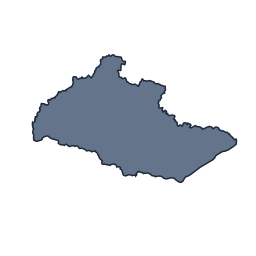 the district of Entrerrios, Antioquia, Colombia, rotated 329°
{"feature_id": "7082276B40374879767570", "entity_name": "Entrerrios", "entity_type": "district", "adm_level": 2, "iso_a3": "COL", "parent_name": "Colombia", "parent_adm1": "Antioquia", "projection": "mercator", "projection_center": [-75.561, 6.592], "detail": "fine", "context": "isolated", "style": "filled", "palette": "slate", "viewbox_px": 256, "rotation_deg": 329, "n_neighbors": 0, "source": "geoboundaries", "source_scale": "gbopen_adm2", "svg_char_len": 5770}
<svg xmlns="http://www.w3.org/2000/svg" viewBox="0 0 256 256"><g transform="rotate(329 128 128)"><path d="M215.0,193.3L214.6,193.1L213.8,193.1L213.0,192.5L213.2,191.1L212.5,189.9L212.6,188.7L212.0,187.9L211.9,186.0L211.6,185.7L211.7,184.7L211.0,184.4L210.9,182.9L210.6,182.6L209.9,182.3L209.3,181.9L208.2,179.5L207.2,179.1L206.6,178.2L205.9,177.6L205.9,177.0L205.1,175.9L205.6,175.4L205.5,174.2L204.2,172.7L202.9,172.2L200.7,172.6L200.4,172.0L200.4,171.0L200.0,170.0L199.2,169.1L198.3,168.4L197.1,168.4L196.0,167.9L195.2,167.8L194.2,168.1L192.5,167.4L191.2,167.5L191.1,167.2L191.3,166.4L191.2,165.8L190.7,165.6L190.6,164.7L189.9,163.9L187.6,162.0L187.0,160.6L182.6,160.5L181.7,160.0L181.2,159.4L181.3,158.9L183.1,158.3L183.5,157.8L183.4,157.3L183.0,156.2L182.2,155.6L182.0,154.8L181.5,154.6L180.7,155.4L180.3,155.3L180.3,153.5L179.9,153.1L178.5,152.4L177.9,152.5L176.0,154.1L175.4,154.2L174.5,152.3L174.0,152.2L172.5,152.5L171.9,152.1L171.9,150.8L172.9,148.4L172.8,147.8L171.9,146.5L172.6,146.0L172.7,145.6L171.7,144.2L171.7,143.8L172.7,143.4L173.9,142.5L174.2,142.0L174.3,141.3L173.9,141.0L173.4,140.9L173.1,140.1L172.5,139.6L170.0,138.6L169.3,138.1L169.1,137.4L169.4,136.2L168.8,136.2L167.9,134.9L168.1,134.7L169.2,134.4L169.3,134.2L169.5,133.7L169.2,132.1L168.7,132.1L168.1,132.6L167.4,132.1L166.7,132.5L166.2,132.1L166.6,131.1L166.4,130.3L168.0,128.9L168.2,128.4L165.4,127.2L164.9,126.8L164.8,126.4L165.1,125.9L166.5,124.6L166.6,122.5L166.8,122.2L167.6,121.9L168.0,120.7L168.6,120.4L169.5,120.8L171.1,119.7L172.2,119.4L172.4,119.2L172.7,117.7L173.4,117.0L175.9,116.5L177.5,116.9L177.6,116.6L177.4,115.9L179.9,114.5L180.1,113.6L181.4,111.4L179.9,110.3L179.2,109.1L178.4,108.6L177.8,107.2L177.1,106.9L177.1,106.3L176.6,105.3L175.1,104.8L174.4,104.1L174.0,103.3L174.0,102.2L172.1,99.9L171.6,98.9L170.0,98.1L168.5,97.7L167.1,96.2L165.9,95.7L165.7,95.4L165.8,93.7L165.5,93.4L165.0,93.3L163.4,94.7L161.8,94.9L160.9,96.0L159.9,96.3L159.0,97.4L158.5,97.6L158.0,97.1L157.8,95.9L157.2,95.3L156.7,94.1L156.1,93.7L154.9,93.4L153.9,92.9L153.2,91.7L152.1,90.6L151.4,88.1L150.7,87.5L151.5,85.3L151.4,84.3L151.5,83.7L151.1,83.4L149.0,83.2L148.6,82.7L148.4,81.0L147.3,80.7L147.0,80.3L147.0,78.8L148.3,76.5L148.5,73.7L148.9,73.4L149.3,73.4L150.8,74.7L151.5,74.9L154.2,70.9L155.4,69.8L155.9,69.8L156.1,70.3L157.3,71.2L157.5,71.9L157.8,72.0L158.3,71.8L159.4,70.7L160.0,69.6L159.8,69.1L159.0,69.1L158.6,68.8L158.0,67.8L158.1,65.9L158.6,64.2L158.6,63.7L157.5,63.0L156.6,62.0L154.2,60.3L153.9,59.8L153.7,58.6L153.0,57.6L151.7,57.3L150.2,57.7L149.4,56.3L149.3,55.5L148.2,56.0L147.6,55.9L146.8,55.3L145.5,55.8L142.9,54.1L142.6,54.3L142.1,55.4L141.7,55.8L140.2,55.3L139.4,55.6L138.9,56.3L138.8,57.4L137.9,58.3L137.2,59.4L135.2,59.8L134.4,60.7L133.4,60.1L131.6,60.3L131.2,60.5L130.7,61.5L129.0,61.8L128.0,63.3L125.3,64.5L124.4,65.5L123.8,65.4L123.1,65.9L122.3,65.9L121.8,65.6L121.9,64.0L121.3,62.5L120.4,62.8L119.9,62.7L118.7,63.4L116.9,63.2L115.9,62.4L115.0,62.3L114.9,61.8L115.0,61.1L114.6,60.5L114.1,60.6L113.6,61.2L113.2,61.3L112.1,60.5L110.9,60.6L110.3,60.4L109.8,59.6L109.9,57.6L108.6,56.5L107.5,56.1L107.0,56.2L106.1,57.5L105.7,57.7L105.8,58.2L105.1,58.8L104.7,60.7L104.2,61.3L103.3,61.9L102.7,62.8L101.6,63.0L100.9,63.8L100.2,63.3L98.4,63.4L97.5,63.2L96.1,63.5L94.7,63.2L94.4,63.8L94.0,64.1L91.3,62.4L89.7,62.5L88.4,62.0L88.0,62.3L87.6,61.5L87.3,61.2L86.2,62.0L85.7,62.1L84.9,63.0L84.1,63.1L83.1,63.6L81.2,63.8L80.8,64.6L79.5,63.7L77.9,63.6L77.4,63.2L76.2,64.0L75.5,64.0L74.9,62.9L74.4,62.7L73.3,63.2L73.1,63.7L73.0,65.1L72.6,66.1L72.2,66.6L71.5,66.8L70.0,66.2L69.5,65.7L68.9,65.7L69.1,64.6L68.9,64.4L68.4,64.1L68.0,63.6L67.3,63.4L67.0,62.7L66.3,62.5L65.7,62.8L65.4,63.6L64.8,64.3L64.1,64.8L63.1,64.9L62.5,65.4L62.0,66.4L62.3,66.8L62.2,67.2L61.4,67.6L60.6,68.5L60.1,68.6L59.4,68.1L57.8,68.7L57.0,69.4L57.0,70.4L56.5,70.4L56.1,70.9L55.5,71.2L55.2,71.7L54.8,71.6L54.6,70.7L54.3,70.7L54.4,71.6L53.1,71.9L52.8,72.3L52.8,73.3L52.4,73.5L52.3,73.3L52.1,73.3L51.4,74.6L49.5,74.8L49.3,73.9L48.8,74.3L48.6,74.8L48.2,75.0L47.9,76.4L47.7,76.7L47.4,76.7L47.5,77.3L46.8,78.0L46.9,78.7L46.5,79.9L46.7,80.2L45.9,80.5L43.9,83.0L43.7,83.3L43.9,84.6L43.2,86.1L41.7,88.1L41.8,88.5L41.6,89.2L41.0,89.6L41.8,91.3L43.1,92.5L47.8,93.7L48.5,93.6L49.2,92.5L50.7,92.4L52.0,92.4L53.0,92.7L54.4,93.1L55.1,93.6L55.5,94.2L56.1,96.3L57.1,97.9L61.1,102.1L61.7,103.1L61.5,103.8L60.3,105.3L61.8,107.9L62.3,108.0L63.6,109.0L64.5,110.2L66.2,109.9L66.9,110.3L67.6,112.9L68.5,113.9L69.8,114.0L71.7,114.8L72.1,115.0L72.5,116.0L73.0,116.4L75.3,117.0L75.7,118.7L75.6,119.6L75.8,120.5L76.1,120.8L77.1,121.1L78.2,121.8L79.9,123.9L80.8,126.4L83.1,127.1L84.7,129.8L85.9,129.9L86.8,130.5L88.2,130.9L88.1,132.2L88.6,133.2L88.5,135.5L88.3,136.0L88.7,136.6L88.3,137.4L88.3,138.2L88.0,139.5L89.1,142.9L88.2,143.5L87.2,145.1L87.9,146.3L89.9,147.3L91.3,149.0L92.1,149.4L93.0,150.5L93.5,150.8L93.8,150.6L95.9,150.8L98.5,152.8L98.7,154.3L98.2,155.6L100.5,156.7L101.2,157.9L100.4,158.6L100.2,159.1L101.1,160.5L99.8,165.7L100.0,166.3L100.9,167.5L101.6,167.9L103.8,168.3L105.3,168.9L106.2,169.7L107.1,171.0L109.3,171.8L109.8,172.2L109.8,173.1L110.2,172.8L110.9,172.8L111.2,171.8L111.7,172.0L111.9,171.3L112.8,170.8L114.0,170.8L114.6,171.2L115.1,170.9L115.8,172.4L117.4,173.4L117.7,175.0L119.5,175.6L122.0,176.9L122.7,178.2L123.5,179.1L123.7,180.5L124.1,181.4L125.4,182.1L126.3,183.8L128.6,184.5L131.1,186.0L131.9,186.9L132.7,189.3L134.0,190.9L135.0,191.5L138.7,192.7L140.7,193.8L142.0,195.7L142.3,197.2L144.0,200.7L145.4,201.9L147.4,201.9L151.6,199.7L153.2,199.7L154.8,200.1L158.3,200.1L169.6,198.8L184.2,198.9L186.8,198.4L188.2,197.3L189.0,197.0L191.4,196.8L196.0,196.8L198.0,197.2L199.4,197.9L203.1,198.4L209.5,198.1L212.3,197.6L212.6,197.3L213.3,196.3L214.2,195.3L215.0,193.3Z" fill="#64748b" stroke="#1e293b" stroke-width="1.5"/></g></svg>